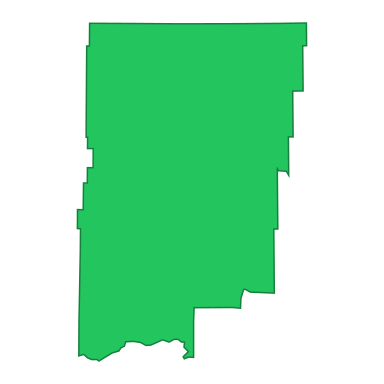 Blaine, Montana, United States of America (Albers equal-area conic projection)
{"feature_id": "52423323B87448243037078", "entity_name": "Blaine", "entity_type": "district", "adm_level": 2, "iso_a3": "USA", "parent_name": "United States of America", "parent_adm1": "Montana", "projection": "albers", "projection_center": [-109.013, 48.36], "detail": "fine", "context": "isolated", "style": "filled", "palette": "green", "viewbox_px": 384, "rotation_deg": 0, "n_neighbors": 0, "source": "geoboundaries", "source_scale": "gbopen_adm2", "svg_char_len": 983}
<svg xmlns="http://www.w3.org/2000/svg" viewBox="0 0 384 384"><path d="M193.6,357.4L193.6,321.5L194.1,307.7L232.3,307.5L240.5,308.2L240.9,298.5L243.6,289.5L245.2,289.3L250.3,292.1L274.3,293.1L273.8,229.1L277.8,229.0L277.3,169.6L277.4,168.7L278.5,170.7L286.4,171.3L288.7,175.3L288.4,136.9L293.1,136.9L292.7,91.1L303.1,90.9L302.7,45.8L306.6,45.7L306.4,23.0L280.0,23.4L239.0,23.7L195.9,23.8L174.6,23.8L132.7,23.5L89.6,23.3L89.4,46.0L86.7,46.0L86.1,137.3L87.6,137.3L87.6,138.6L87.5,148.6L93.2,148.6L93.1,167.7L87.4,167.7L87.3,183.0L83.5,183.0L83.2,209.7L77.5,209.6L77.4,228.6L80.5,228.7L80.3,251.5L79.0,321.0L78.8,355.9L83.7,354.4L87.9,358.1L92.0,359.6L96.9,359.5L98.9,361.0L112.3,352.9L118.9,351.0L121.0,347.8L124.4,346.1L125.7,341.8L133.6,341.4L140.6,342.5L145.9,345.4L150.8,345.1L162.7,339.8L169.0,342.1L174.2,339.3L178.2,339.4L181.4,342.0L184.5,342.2L184.0,347.2L188.4,351.6L183.2,356.7L184.3,358.8L188.6,357.1L193.6,357.4Z" fill="#22c55e" stroke="#15803d" stroke-width="1.5"/></svg>